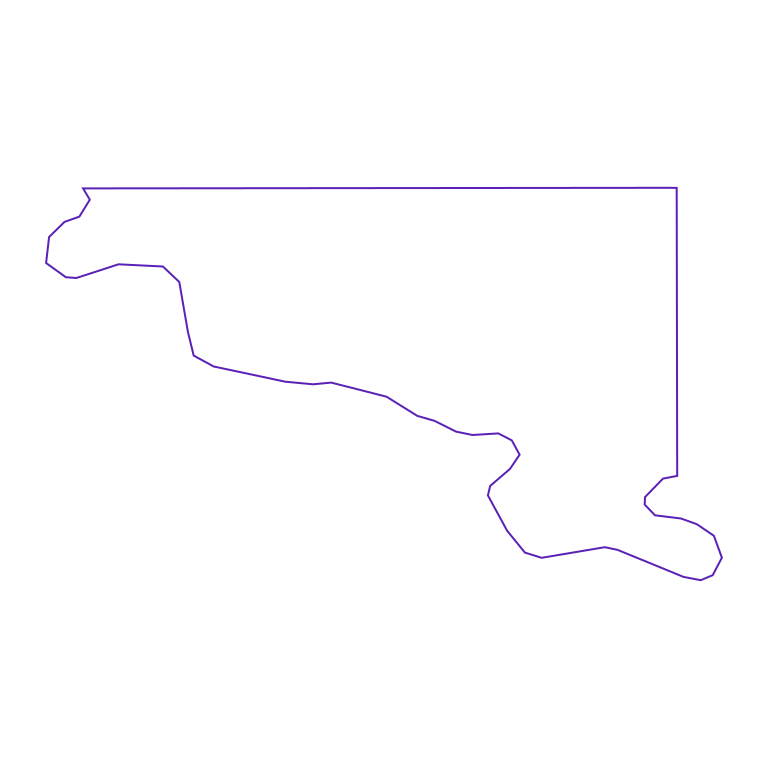 Hughes, South Dakota, United States of America (Natural Earth projection)
{"feature_id": "52423323B77405573289865", "entity_name": "Hughes", "entity_type": "district", "adm_level": 2, "iso_a3": "USA", "parent_name": "United States of America", "parent_adm1": "South Dakota", "projection": "natural_earth1", "projection_center": [-100.02, 44.323], "detail": "fine", "context": "isolated", "style": "outline", "palette": "violet", "viewbox_px": 768, "rotation_deg": 0, "n_neighbors": 0, "source": "geoboundaries", "source_scale": "gbopen_adm2", "svg_char_len": 695}
<svg xmlns="http://www.w3.org/2000/svg" viewBox="0 0 768 768"><path d="M667.9,187.8L83.1,188.4L89.8,199.7L79.4,216.6L64.5,221.9L49.1,237.0L46.1,263.0L65.8,277.2L76.3,278.0L118.5,264.3L162.9,266.5L179.3,282.0L187.9,331.8L193.7,355.6L213.7,366.5L285.2,381.7L313.0,384.3L331.2,382.6L386.5,396.7L417.3,415.9L434.4,420.8L456.0,431.6L472.5,435.0L498.3,433.4L511.8,440.4L519.6,454.7L510.0,468.9L490.2,485.9L487.9,495.4L507.1,530.7L524.9,552.6L541.6,557.8L604.8,547.2L617.4,549.8L683.5,576.9L700.7,580.2L712.7,575.2L721.9,557.7L713.9,535.8L696.8,524.2L681.0,518.5L655.0,515.3L644.7,504.6L645.0,497.1L663.0,478.6L677.2,475.9L676.7,187.9L667.9,187.8Z" fill="none" stroke="#5b21b6" stroke-width="2"/></svg>